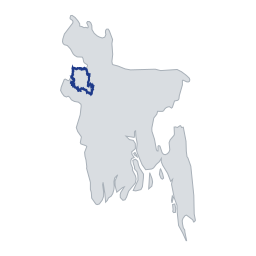 Naogaon, Rajshahi, Bangladesh (highlighted)
{"feature_id": "16705992B34203284467157", "entity_name": "Naogaon", "entity_type": "district", "adm_level": 2, "iso_a3": "BGD", "parent_name": "Bangladesh", "parent_adm1": "Rajshahi", "projection": "equal_earth", "projection_center": [88.84, 24.873], "detail": "fine", "context": "in_parent", "style": "outline", "palette": "blue", "viewbox_px": 256, "rotation_deg": 0, "n_neighbors": 0, "source": "geoboundaries", "source_scale": "gbopen_adm2", "svg_char_len": 7968}
<svg xmlns="http://www.w3.org/2000/svg" viewBox="0 0 256 256"><path d="M90.4,189.4L90.4,182.3L86.6,168.3L86.8,166.8L86.0,160.0L85.0,156.3L84.6,152.3L86.8,146.6L85.9,145.7L80.9,143.9L80.3,142.5L81.4,136.9L77.7,131.5L76.3,127.6L80.2,114.8L81.2,105.9L80.9,104.2L78.5,102.2L74.3,101.4L71.4,99.8L69.7,97.3L68.2,96.2L66.4,97.0L64.1,96.0L62.2,93.5L60.6,90.5L61.2,87.2L64.3,79.4L65.4,79.1L68.0,80.6L69.0,80.6L70.7,77.5L73.2,68.8L81.6,69.5L83.6,69.2L85.7,68.5L86.8,67.4L87.5,66.0L87.3,64.8L84.7,63.1L83.7,61.9L83.0,58.4L82.2,57.1L77.1,56.9L74.5,55.3L73.1,53.8L70.5,49.0L67.3,45.5L64.3,44.7L63.1,43.5L62.5,41.7L62.8,39.1L64.4,34.0L72.7,23.1L73.0,21.9L72.6,20.5L70.2,18.8L70.0,17.9L70.7,15.6L72.1,15.4L75.0,17.4L77.9,20.8L79.7,23.8L79.7,26.1L82.0,26.6L83.9,27.7L85.9,27.3L87.2,27.9L88.0,27.7L88.3,26.4L86.7,22.9L87.5,21.5L89.4,21.6L90.8,22.9L91.8,25.5L92.0,29.6L94.2,33.3L97.2,35.9L99.5,37.1L102.3,38.0L104.7,37.2L105.9,34.6L105.4,32.3L105.7,30.2L106.7,29.1L108.2,29.1L109.3,30.8L112.6,39.6L111.9,43.6L112.7,54.4L111.9,61.5L112.4,64.2L113.0,64.7L117.9,66.0L125.1,68.9L130.5,69.9L155.2,69.2L160.6,70.6L177.1,69.5L181.6,71.8L186.5,75.5L189.3,78.2L189.8,79.8L189.5,81.2L188.6,81.9L186.9,81.9L183.0,80.1L182.4,80.7L182.4,84.9L179.3,95.7L178.9,99.0L177.8,100.3L174.5,101.0L172.4,107.3L171.5,108.1L169.4,106.7L168.1,106.9L166.4,107.5L164.7,109.0L163.6,110.8L162.3,111.4L157.6,111.3L156.8,114.2L153.8,118.0L151.8,128.1L151.9,131.2L154.5,139.3L156.4,149.8L157.1,150.9L158.0,151.0L158.0,146.2L158.8,145.6L159.9,146.1L162.1,152.6L163.4,154.2L165.3,154.7L167.5,153.7L169.1,151.8L169.8,149.8L169.1,142.7L170.2,139.8L173.9,135.5L174.4,134.2L174.1,127.1L175.5,126.9L177.4,127.5L179.8,125.8L180.6,125.7L181.6,127.5L183.3,127.2L186.0,141.3L186.3,151.2L187.0,156.7L187.9,157.9L190.8,166.2L193.8,195.4L194.2,214.0L195.4,220.3L194.5,221.7L193.6,222.0L192.7,219.8L186.5,215.1L185.1,215.6L183.0,218.3L182.2,220.8L182.6,224.4L183.3,227.9L184.7,230.0L184.9,232.2L186.6,240.6L186.1,240.6L182.7,233.0L178.6,225.5L177.2,212.1L177.0,205.4L174.2,197.7L171.5,184.1L172.6,179.3L170.7,181.4L167.6,173.3L162.7,165.3L161.3,161.8L161.3,158.4L159.2,161.8L156.4,164.3L153.6,167.9L151.7,169.0L145.7,169.7L142.2,164.8L137.2,152.9L136.5,150.2L137.2,143.2L135.9,136.6L135.6,130.8L134.7,131.3L134.4,132.9L134.6,135.4L134.2,137.4L125.9,136.1L129.4,139.6L133.3,140.4L135.3,143.5L135.4,148.7L131.7,151.8L132.0,154.4L134.2,157.6L131.6,158.5L130.8,160.6L130.8,163.6L132.7,168.2L132.4,170.0L135.5,176.0L136.1,178.9L135.4,182.9L128.6,191.2L126.6,197.0L125.0,199.8L122.9,200.3L120.3,197.5L120.2,194.6L120.8,192.4L124.3,186.9L122.4,187.7L116.8,192.2L115.8,188.5L115.1,185.1L115.0,181.0L117.7,174.8L114.7,177.9L113.9,181.7L114.2,186.3L113.9,189.5L112.7,193.7L111.1,196.2L108.5,197.9L107.3,200.4L105.6,202.2L104.9,193.7L103.1,182.3L102.6,184.7L103.6,191.8L103.6,196.4L102.2,200.1L99.3,204.0L97.1,204.6L95.8,204.0L91.7,198.1L91.3,192.5L90.4,189.4ZM140.9,189.6L135.8,190.9L133.2,190.5L138.0,180.2L137.9,175.6L137.1,171.9L134.6,168.9L134.5,166.7L133.4,163.8L132.8,160.3L135.5,159.2L137.7,161.2L138.5,165.1L139.6,168.0L143.5,174.1L143.4,177.8L142.4,186.8L140.9,189.6ZM151.8,186.2L148.7,188.9L149.7,172.7L152.0,178.7L152.6,182.0L151.8,186.2ZM163.6,178.1L162.3,179.2L161.0,178.2L159.4,174.4L160.1,169.6L160.6,168.9L162.6,173.8L163.6,178.1ZM175.4,212.4L173.6,212.6L172.7,211.4L173.1,209.8L172.6,204.5L174.8,204.0L175.7,208.4L175.4,212.4ZM173.3,197.6L172.0,202.9L171.5,200.5L172.3,195.9L173.3,197.6ZM136.8,155.4L137.3,157.0L134.5,154.9L133.7,153.3L135.0,152.5L136.8,155.4Z" fill="#d9dde1" stroke="#a8b0b8" stroke-width="1"/><path d="M88.6,81.5L88.7,81.2L88.6,80.8L88.9,80.5L89.1,80.0L88.9,79.6L89.0,78.7L88.9,77.9L89.0,77.7L89.0,77.2L88.9,77.1L89.0,76.9L89.2,76.7L89.3,76.5L89.1,76.4L89.2,75.9L89.2,75.7L89.3,75.7L89.3,75.4L89.2,75.2L89.4,75.0L89.2,74.8L89.2,74.6L89.4,74.2L88.9,74.1L88.8,74.3L88.5,74.2L88.4,73.9L88.2,74.0L87.5,73.9L87.6,74.2L87.5,74.6L87.6,74.9L87.4,74.8L87.4,74.6L87.2,74.4L87.3,74.1L87.3,73.8L87.1,73.8L86.9,73.3L87.2,72.3L87.2,71.6L86.6,70.9L86.8,70.6L86.6,70.4L86.7,70.2L86.7,69.9L86.7,69.7L86.3,69.5L86.3,69.1L86.2,69.1L85.7,68.9L85.7,69.1L85.3,69.1L85.2,68.7L85.3,68.5L85.2,68.6L84.9,68.7L85.0,68.3L84.6,68.3L84.5,67.9L84.4,67.8L84.2,67.9L84.2,68.1L83.9,68.6L83.6,68.7L83.5,69.3L83.3,69.3L82.3,69.1L82.3,68.7L82.2,68.7L82.1,69.0L81.9,68.8L81.6,69.2L81.4,68.8L81.2,68.9L81.2,68.3L80.9,68.3L80.9,68.2L80.7,68.2L80.4,68.0L79.6,68.0L79.3,68.4L79.2,68.2L78.5,68.1L78.2,68.2L77.7,68.1L77.6,68.4L77.2,68.7L77.1,68.9L76.8,69.0L76.7,69.2L76.3,69.3L76.0,69.1L76.1,68.9L76.1,68.6L75.8,68.5L75.6,68.5L75.5,68.8L75.4,68.8L75.4,68.5L75.5,68.4L74.4,68.2L74.4,67.9L73.7,67.8L73.5,68.3L73.4,68.5L72.8,68.5L72.7,68.3L72.7,68.2L72.6,67.9L72.5,68.3L72.8,68.5L72.7,68.9L72.8,69.1L72.7,69.3L73.2,69.8L73.2,70.3L73.3,70.7L73.2,70.7L73.2,70.8L72.9,71.1L72.7,71.1L72.7,71.6L72.9,71.9L72.8,72.2L72.9,72.9L73.0,73.0L72.5,73.9L72.6,74.4L72.9,74.4L73.0,74.6L72.8,74.7L72.8,75.0L72.6,75.2L72.7,75.4L72.7,75.5L72.5,75.8L72.3,75.8L72.3,75.6L72.3,75.4L72.2,75.8L72.1,76.1L71.9,76.1L71.9,76.6L72.1,76.7L71.9,76.7L72.0,76.8L72.0,77.1L71.8,77.1L71.7,76.8L71.7,77.1L71.4,77.4L71.5,77.6L72.2,77.4L72.5,77.6L72.6,77.8L72.4,78.2L72.4,78.8L72.7,79.1L73.0,79.3L73.2,79.0L73.0,78.7L73.6,78.5L73.8,78.7L74.1,78.9L74.2,79.7L74.0,79.8L74.0,80.0L74.2,80.7L73.9,81.3L73.7,81.4L73.8,81.8L73.7,82.1L73.2,81.5L73.0,81.4L72.8,81.6L73.0,81.6L73.2,81.9L73.2,82.0L72.7,82.0L72.6,82.3L72.3,82.2L72.2,81.9L71.9,82.1L71.7,82.1L71.7,82.3L71.4,82.4L71.6,82.6L71.2,82.8L71.1,82.6L71.0,83.0L71.3,83.1L71.7,82.6L71.9,82.6L72.0,82.4L71.8,82.4L72.1,82.3L72.1,82.6L71.9,82.6L71.9,82.9L72.3,82.8L72.4,83.1L72.5,83.1L72.6,82.9L72.9,82.8L72.8,83.2L72.7,83.7L72.4,84.1L72.4,84.4L72.0,84.5L72.1,84.8L71.9,84.8L71.9,85.0L72.3,85.0L72.5,84.7L73.0,84.7L73.1,84.9L73.5,85.1L73.6,85.3L73.8,84.9L74.1,85.0L74.2,84.9L74.2,85.3L74.1,85.5L74.3,85.9L74.1,85.8L74.0,86.0L73.7,85.9L73.7,85.4L73.2,85.4L73.1,85.8L73.4,85.9L73.3,86.5L73.5,86.5L73.7,86.3L74.1,86.4L74.2,86.2L74.7,86.4L74.6,87.0L74.8,87.2L74.9,87.4L75.2,87.3L75.8,87.7L76.0,87.5L76.3,87.5L76.6,87.8L76.8,87.7L76.5,88.4L76.7,88.6L77.0,88.2L77.1,87.8L77.8,87.5L78.0,87.9L78.0,88.7L78.2,88.8L78.1,89.2L78.2,89.6L78.0,89.8L78.1,90.3L78.3,90.3L78.2,90.5L78.3,90.6L78.2,90.7L78.3,90.9L78.6,90.8L78.7,90.4L78.9,90.6L79.3,90.3L79.6,90.3L79.7,90.1L79.9,90.3L80.0,90.2L79.9,90.5L80.1,90.6L80.1,90.4L80.4,90.5L80.3,90.1L80.1,90.0L80.3,89.8L80.3,89.5L80.2,89.4L80.2,89.2L80.8,88.9L80.8,89.2L81.0,89.0L81.3,88.6L81.4,88.3L81.7,88.5L81.8,88.8L82.2,88.9L83.1,88.2L83.3,88.5L83.2,88.6L83.5,88.7L83.4,89.3L83.7,89.5L83.9,89.5L84.0,89.3L84.7,89.3L84.8,89.4L84.9,89.7L85.2,89.8L85.2,90.1L85.4,90.2L85.4,89.9L85.5,89.9L85.7,90.1L85.9,89.9L86.3,89.9L86.4,90.4L86.5,90.8L86.6,90.7L86.7,90.9L86.8,91.7L87.0,91.8L87.0,92.1L87.2,91.9L87.5,92.4L87.7,92.2L88.1,92.2L88.7,92.7L89.2,92.9L89.2,93.1L89.0,93.3L89.2,93.5L89.4,93.5L89.5,93.2L89.9,93.7L90.1,93.7L90.4,94.1L90.6,94.0L90.8,94.2L91.2,94.2L91.3,93.7L91.5,93.8L91.5,94.0L91.7,93.8L91.7,93.6L91.8,93.3L91.7,93.2L91.9,93.0L91.9,92.5L91.9,92.3L91.9,92.1L91.6,91.8L91.8,91.5L91.7,91.5L91.8,91.3L91.7,91.3L91.7,90.8L91.8,90.8L91.7,90.1L91.8,90.1L92.1,90.0L92.4,89.8L92.4,89.5L92.5,89.6L92.8,89.4L92.7,89.3L92.8,89.2L92.7,88.8L92.9,88.3L92.9,88.1L92.7,88.0L92.7,87.7L92.8,87.6L92.7,87.5L92.8,87.5L92.8,87.2L93.1,87.1L93.1,86.7L93.3,86.2L93.0,86.2L92.8,86.4L92.7,86.0L92.6,86.3L92.5,86.5L92.6,86.8L92.7,86.7L92.7,87.1L92.6,86.9L92.2,86.7L92.1,86.9L92.3,86.9L92.4,87.1L92.2,87.2L91.8,86.7L91.3,87.0L91.3,86.5L91.7,86.4L91.3,86.1L91.5,85.8L91.7,85.7L91.3,85.4L91.3,85.2L91.4,84.4L91.1,84.2L91.0,84.3L91.0,84.5L90.9,84.4L90.7,84.5L90.6,84.3L90.5,84.6L90.5,84.4L90.3,84.2L90.0,84.6L89.5,84.6L89.5,84.9L89.3,85.0L89.2,85.2L88.8,85.1L88.7,85.6L88.6,86.0L88.3,85.9L88.2,85.9L88.2,86.2L87.8,86.0L87.8,85.9L87.8,85.6L87.9,85.2L88.2,84.9L88.2,84.4L88.0,84.2L88.2,83.7L88.4,83.7L88.1,83.5L88.0,82.9L88.4,82.9L88.5,82.8L88.5,82.7L88.3,82.7L88.1,81.9L88.2,81.7L88.6,81.5Z" fill="none" stroke="#1e3a8a" stroke-width="2"/></svg>